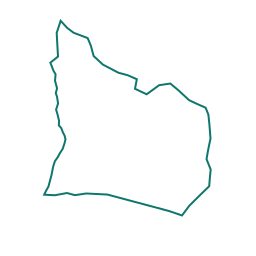 outline of Platani, Cyprus, rotated 195°
{"feature_id": "46923920B1049795521369", "entity_name": "Platani", "entity_type": "district", "adm_level": 2, "iso_a3": "CYP", "parent_name": "Cyprus", "parent_adm1": "", "projection": "mercator", "projection_center": [33.769, 35.33], "detail": "fine", "context": "isolated", "style": "outline", "palette": "teal", "viewbox_px": 256, "rotation_deg": 195, "n_neighbors": 0, "source": "geoboundaries", "source_scale": "gbopen_adm2", "svg_char_len": 951}
<svg xmlns="http://www.w3.org/2000/svg" viewBox="0 0 256 256"><g transform="rotate(195 128 128)"><path d="M53.2,57.5L48.6,68.9L41.2,81.6L34.5,92.8L35.9,100.3L37.4,109.3L44.1,118.3L44.9,127.3L45.6,139.2L50.1,152.0L53.8,161.7L58.3,167.7L68.0,169.2L76.2,170.7L88.9,177.4L98.6,181.9L109.0,177.4L118.7,165.4L131.4,167.7L132.1,177.4L141.8,178.9L151.5,178.9L168.6,182.7L179.8,188.6L185.0,197.6L190.2,204.4L205.1,205.9L212.6,208.9L220.8,214.1L221.5,201.4L217.8,190.1L214.1,178.9L219.9,171.0L214.7,163.9L211.9,161.2L210.7,154.7L206.8,148.0L206.8,143.1L204.6,139.7L201.9,133.6L202.2,127.1L199.7,123.1L196.4,117.0L195.5,112.7L192.4,110.6L190.0,107.2L187.2,104.1L185.4,100.7L185.4,95.8L185.7,90.9L187.2,86.3L188.4,81.4L190.0,77.1L190.3,71.6L190.0,67.0L189.7,62.7L189.7,59.0L189.7,55.0L189.7,50.8L190.9,46.2L191.7,41.9L181.3,44.1L170.1,49.4L161.9,49.4L151.5,53.9L130.6,58.4L108.2,58.4L66.5,58.4L53.2,57.5Z" fill="none" stroke="#0f766e" stroke-width="2"/></g></svg>